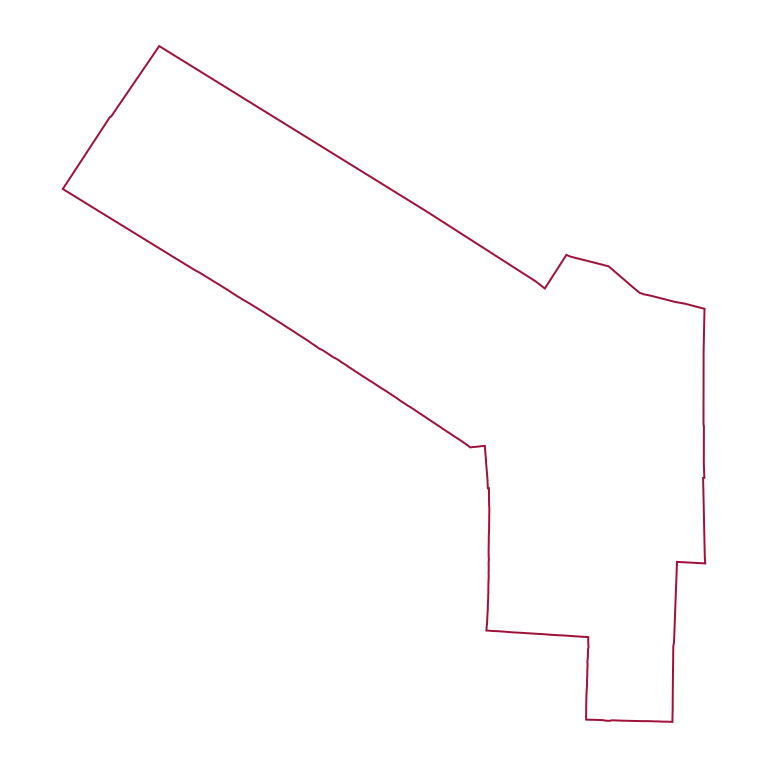 Visina Noua, Olt, Romania
{"feature_id": "2599482B97404660880396", "entity_name": "Visina Noua", "entity_type": "district", "adm_level": 2, "iso_a3": "ROU", "parent_name": "Romania", "parent_adm1": "Olt", "projection": "albers", "projection_center": [24.398, 43.872], "detail": "fine", "context": "isolated", "style": "outline", "palette": "rose", "viewbox_px": 768, "rotation_deg": 0, "n_neighbors": 0, "source": "geoboundaries", "source_scale": "gbopen_adm2", "svg_char_len": 3603}
<svg xmlns="http://www.w3.org/2000/svg" viewBox="0 0 768 768"><path d="M672.4,721.9L672.5,716.1L672.7,709.0L672.7,706.9L672.7,702.9L672.7,701.5L672.9,679.8L673.3,646.2L674.0,642.3L674.7,624.0L677.0,561.9L705.2,563.4L704.8,556.9L703.1,477.9L704.5,477.7L704.3,476.7L703.8,463.0L703.9,428.2L703.9,426.3L703.5,424.6L703.6,350.9L704.4,313.9L704.5,308.8L685.1,303.7L674.9,301.9L650.4,295.6L644.1,294.4L639.8,292.9L633.1,287.4L608.6,266.3L570.4,256.6L566.4,254.9L544.8,288.5L535.9,281.5L426.8,211.6L239.1,95.5L159.2,46.1L122.4,100.0L120.1,103.4L113.0,113.8L111.1,116.6L110.0,117.0L109.2,118.1L106.3,122.6L62.8,189.0L99.2,211.4L174.5,257.7L178.3,260.0L186.3,264.9L189.0,266.5L192.8,268.9L195.8,270.6L199.4,272.5L202.9,274.7L203.5,275.1L208.0,277.8L213.9,281.5L219.9,285.1L224.8,288.2L228.1,290.2L231.0,292.2L233.7,293.9L236.2,295.5L239.9,297.8L243.4,299.9L245.2,301.0L248.7,303.0L251.0,304.4L255.4,307.1L258.0,308.7L261.4,310.8L263.8,312.3L265.8,313.6L267.4,314.7L270.0,316.3L273.0,318.3L275.0,319.5L277.8,321.3L281.2,323.4L285.2,326.1L289.8,329.0L293.0,331.0L298.4,334.6L303.7,338.0L307.6,340.5L311.3,343.1L313.4,344.6L315.4,345.8L316.7,346.8L318.4,348.0L319.7,348.9L321.6,349.7L323.5,350.7L324.9,351.7L327.5,353.4L329.6,354.8L331.7,356.2L332.5,356.7L333.6,357.4L333.9,357.6L334.6,357.9L335.5,358.3L336.6,358.9L337.6,359.6L339.0,360.4L340.7,361.6L342.0,362.6L343.1,363.2L344.8,364.2L346.6,365.5L348.6,366.9L351.1,368.5L353.3,369.9L355.3,371.3L357.0,372.4L358.3,373.2L358.4,373.3L360.4,374.6L363.1,376.5L364.9,377.5L367.3,379.0L369.1,380.3L371.4,381.6L373.8,383.2L376.8,385.2L378.4,386.3L381.4,388.2L384.7,390.2L386.7,391.5L390.0,393.7L392.6,395.4L394.3,396.5L396.7,398.1L398.7,399.5L400.3,400.7L402.5,402.1L405.1,403.8L408.1,405.8L410.5,407.2L414.6,409.9L417.8,412.1L422.1,414.9L425.4,417.1L428.5,419.2L429.4,419.8L432.5,421.8L435.1,423.6L438.1,425.6L440.0,426.8L443.1,429.0L445.2,430.3L447.2,431.7L449.2,432.9L454.1,436.3L459.7,439.8L462.8,442.0L466.3,444.4L468.0,445.6L470.2,447.4L473.5,447.0L478.2,446.6L480.2,446.3L482.5,446.0L484.8,445.9L485.4,453.2L486.0,460.3L486.2,464.4L486.7,469.7L487.5,480.0L487.7,484.9L487.7,485.1L487.9,488.3L488.9,488.2L489.0,490.3L489.0,494.6L489.0,496.8L489.0,500.1L489.1,502.4L489.1,502.6L489.1,505.6L489.3,507.5L489.3,512.5L489.2,516.8L489.2,520.7L489.1,523.9L489.1,529.3L488.8,535.1L488.8,540.8L488.7,544.8L488.6,552.1L488.7,557.5L488.9,559.1L488.8,560.4L488.7,561.5L488.6,563.7L488.7,566.5L488.7,568.4L488.7,569.2L488.7,570.7L488.6,573.2L488.7,576.2L488.6,579.5L488.5,581.8L488.4,584.1L488.4,586.6L488.3,590.1L488.4,592.4L488.2,595.4L488.2,597.3L488.1,599.7L487.9,604.2L487.8,606.4L487.8,609.8L487.6,612.2L487.4,615.5L487.3,618.2L487.1,621.9L487.0,624.3L486.6,627.2L486.4,630.5L493.1,631.0L498.0,631.2L503.5,631.6L507.3,631.9L511.7,632.3L514.8,632.5L519.5,632.7L527.1,633.2L532.1,633.5L539.4,634.0L541.3,634.0L552.3,634.9L559.5,635.3L563.9,635.5L580.1,636.6L588.3,637.1L588.2,642.2L588.4,645.8L588.5,647.3L588.1,649.0L588.0,650.2L587.9,653.8L587.9,656.8L587.6,659.7L587.4,661.5L587.3,662.5L587.6,663.7L587.5,666.2L587.5,667.6L587.3,671.1L587.3,674.6L587.2,677.4L587.0,680.0L587.1,683.3L586.9,687.0L586.7,689.7L586.6,692.2L586.4,696.4L586.3,701.0L586.2,708.3L586.2,711.7L586.2,713.6L586.1,715.7L586.1,718.7L586.2,719.6L588.6,719.7L594.3,719.8L599.2,720.0L603.7,720.2L604.9,720.6L608.0,720.8L609.9,720.8L610.9,720.5L611.9,720.3L617.8,720.5L623.2,720.7L628.1,720.8L631.3,720.9L636.4,721.0L641.0,721.1L645.0,721.1L649.5,721.2L653.4,721.3L655.5,721.4L658.2,721.4L661.4,721.6L665.1,721.7L668.0,721.7L670.3,721.8L672.4,721.9Z" fill="none" stroke="#9f1239" stroke-width="2"/></svg>